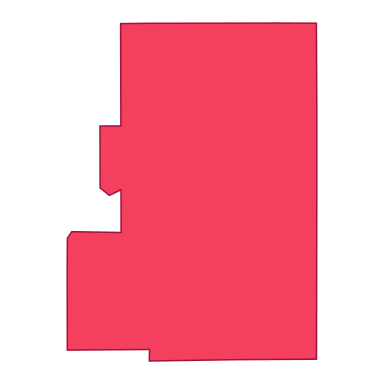 outline of Green Lake, Wisconsin, United States of America
{"feature_id": "52423323B74406561633186", "entity_name": "Green Lake", "entity_type": "district", "adm_level": 2, "iso_a3": "USA", "parent_name": "United States of America", "parent_adm1": "Wisconsin", "projection": "mercator", "projection_center": [-89.088, 43.808], "detail": "fine", "context": "isolated", "style": "filled", "palette": "rose", "viewbox_px": 384, "rotation_deg": 0, "n_neighbors": 0, "source": "geoboundaries", "source_scale": "gbopen_adm2", "svg_char_len": 408}
<svg xmlns="http://www.w3.org/2000/svg" viewBox="0 0 384 384"><path d="M316.4,23.2L288.5,23.1L273.4,23.0L271.6,23.1L148.6,23.3L120.6,23.6L120.9,126.0L100.0,126.0L100.1,187.9L109.3,195.4L121.0,189.8L121.1,232.5L71.8,231.7L67.4,238.1L67.2,266.1L67.2,280.3L67.3,350.1L149.5,349.5L149.3,361.0L232.8,359.7L316.5,359.2L316.8,191.8L316.8,108.0L316.4,23.2Z" fill="#f43f5e" stroke="#9f1239" stroke-width="1.5"/></svg>